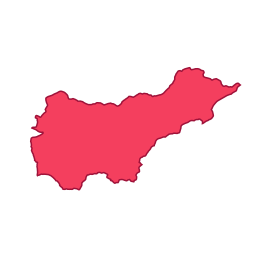 Beteni, Chirang, Bhutan, rotated 20°
{"feature_id": "84629894B72162930081374", "entity_name": "Beteni", "entity_type": "district", "adm_level": 2, "iso_a3": "BTN", "parent_name": "Bhutan", "parent_adm1": "Chirang", "projection": "orthographic", "projection_center": [90.118, 26.902], "detail": "fine", "context": "isolated", "style": "filled", "palette": "rose", "viewbox_px": 256, "rotation_deg": 20, "n_neighbors": 0, "source": "geoboundaries", "source_scale": "gbopen_adm2", "svg_char_len": 5832}
<svg xmlns="http://www.w3.org/2000/svg" viewBox="0 0 256 256"><g transform="rotate(20 128 128)"><path d="M60.2,118.2L59.2,117.5L56.9,116.5L55.7,116.2L53.3,116.2L52.3,116.4L51.4,116.9L50.7,117.6L50.1,118.2L49.8,118.8L47.1,121.3L45.4,123.3L42.2,125.8L40.9,127.4L40.7,128.0L40.8,128.6L41.4,130.0L42.7,131.9L44.5,133.8L44.7,134.6L44.6,135.2L44.2,136.9L44.0,138.4L43.9,138.8L45.0,140.1L45.2,140.5L45.2,140.8L45.2,141.1L44.7,141.9L44.1,142.7L43.4,144.3L42.8,145.8L42.6,146.8L42.2,147.7L41.8,147.9L41.0,147.8L40.5,147.6L38.7,147.5L37.7,147.6L37.4,147.9L37.2,148.3L37.2,148.9L37.4,149.8L37.6,150.1L39.2,150.2L39.5,150.4L39.7,150.7L40.0,151.8L40.5,152.3L41.2,154.0L41.4,156.6L41.4,157.8L41.3,158.4L41.0,158.7L40.1,159.2L38.5,159.8L37.8,160.4L37.7,160.9L42.0,161.1L42.6,161.2L44.8,161.9L46.4,162.0L48.1,161.7L49.0,161.2L49.6,161.2L49.9,162.0L49.3,163.1L47.9,164.9L46.8,165.9L46.2,166.4L45.9,166.9L44.6,167.9L43.2,168.7L42.2,169.1L41.5,169.5L40.7,170.5L40.6,170.9L41.1,173.7L41.3,174.2L42.0,174.9L42.5,175.9L42.9,176.6L43.3,177.8L43.3,178.7L44.5,179.6L44.7,180.0L45.1,182.3L45.7,182.8L46.0,183.2L46.7,184.0L47.9,185.0L48.2,185.6L48.7,186.4L49.1,186.7L51.1,189.5L51.3,190.3L52.5,190.8L53.2,191.4L53.6,191.4L54.4,191.2L54.8,191.5L55.0,193.1L55.2,193.7L55.4,194.1L55.7,195.4L56.6,196.9L58.1,200.3L58.3,200.9L58.8,203.3L59.2,203.7L59.4,203.4L60.8,202.5L62.3,201.0L64.0,200.6L64.6,200.2L66.3,199.7L69.2,199.0L72.0,199.2L74.8,200.2L76.0,200.8L77.1,201.3L78.3,202.2L78.6,202.1L79.8,202.1L80.7,202.7L81.5,203.1L82.2,203.6L83.2,204.6L83.3,205.1L83.7,205.5L85.3,206.2L86.7,206.6L87.4,207.5L87.8,207.7L88.2,207.7L89.9,207.1L90.6,206.4L91.2,206.2L92.2,206.2L94.0,205.6L95.2,205.1L96.3,204.8L96.7,204.6L97.6,203.4L98.2,203.1L100.7,202.6L103.0,202.8L103.5,202.4L104.2,198.2L104.1,197.4L103.5,195.7L103.5,195.1L104.1,193.8L104.3,193.2L105.1,192.4L105.6,191.2L105.8,190.3L105.5,189.6L105.4,188.5L105.6,186.7L105.7,186.4L105.9,186.0L106.5,185.9L108.2,184.4L109.1,184.0L110.0,183.9L110.5,183.6L112.3,182.2L113.5,182.0L113.9,181.8L114.3,181.6L114.7,180.8L114.7,180.5L115.9,179.7L116.9,179.3L118.3,179.5L118.8,179.3L120.6,178.1L124.1,178.5L124.7,178.6L125.0,179.2L124.8,180.2L124.9,181.1L125.2,181.7L128.1,182.2L129.3,182.2L129.6,182.5L129.6,183.2L129.9,183.3L131.5,183.2L133.1,184.1L134.3,184.4L134.8,184.2L135.5,183.4L137.3,182.7L137.5,181.9L137.5,180.4L137.5,180.0L137.7,179.6L139.5,178.6L140.2,178.4L141.1,178.2L142.4,178.3L143.3,178.2L144.3,178.2L145.0,177.9L145.5,177.1L146.2,176.5L147.1,175.9L147.9,176.3L149.1,177.0L150.8,176.7L151.4,176.7L151.9,176.5L151.9,175.7L151.8,175.2L153.0,174.2L153.3,173.8L153.4,173.0L152.9,171.1L152.7,170.7L151.8,169.9L151.6,169.4L151.7,168.4L152.1,167.1L152.5,166.6L153.4,165.7L153.6,165.3L153.6,164.7L153.3,164.2L153.0,163.4L152.3,162.6L152.0,161.9L151.8,161.2L152.2,160.1L153.3,158.2L153.6,157.7L152.4,157.3L151.4,156.6L150.6,156.6L150.3,156.5L150.0,154.2L149.7,153.3L149.9,152.2L150.5,151.1L151.2,150.7L152.1,149.3L153.6,148.5L154.0,147.9L154.3,146.7L154.3,145.8L155.0,143.7L155.1,142.8L155.6,141.8L156.3,139.7L156.3,138.7L156.6,137.7L157.8,136.2L158.7,135.6L158.5,135.0L158.7,132.4L158.5,131.1L158.9,129.4L159.4,128.5L160.3,127.5L161.8,126.5L164.2,124.4L166.3,123.6L167.0,122.2L167.9,121.1L168.1,120.6L168.5,119.9L170.1,118.9L171.8,118.2L172.5,117.5L173.5,117.0L176.0,116.3L177.6,115.0L177.9,114.8L178.0,114.3L177.7,110.0L177.3,108.7L177.3,107.6L177.5,107.3L177.8,106.6L178.2,106.0L180.2,104.0L182.3,102.3L183.9,100.1L184.5,99.6L185.5,99.1L187.4,98.6L187.7,98.5L188.5,97.3L189.2,96.8L189.9,96.4L191.0,96.1L191.5,95.4L192.5,95.1L193.6,95.5L195.0,95.8L195.9,96.7L196.2,97.4L196.4,98.4L196.7,98.2L197.1,97.7L199.3,94.6L200.5,93.7L201.3,92.4L201.8,92.2L203.2,90.6L203.6,89.5L204.0,88.0L204.0,87.3L203.5,86.3L201.9,83.8L200.0,82.1L200.3,80.4L200.3,79.4L200.5,77.9L200.9,76.5L201.6,74.6L202.3,72.9L202.9,71.9L209.9,63.6L212.2,61.6L213.2,61.0L213.5,60.7L214.2,59.3L217.0,56.0L217.0,55.2L216.9,52.9L217.0,52.1L217.6,51.1L218.8,49.2L218.4,49.1L216.8,48.4L216.0,48.3L214.9,49.0L214.4,49.5L213.7,50.7L213.3,51.2L212.7,52.4L211.9,53.6L211.6,54.0L210.4,54.1L209.6,54.6L208.6,55.0L206.0,54.8L205.5,54.9L204.0,56.0L203.1,56.1L201.6,55.3L200.6,54.6L199.7,53.2L199.1,52.5L198.3,52.1L195.0,51.6L194.1,51.5L192.0,52.8L190.8,54.1L190.4,54.2L190.1,54.2L188.5,53.6L185.6,53.8L183.2,54.1L181.7,53.9L181.3,53.8L180.2,51.9L180.2,51.6L180.5,50.2L180.4,49.6L179.5,48.7L179.0,48.5L177.7,48.7L176.9,48.7L175.3,48.3L174.2,48.3L172.8,48.6L171.1,49.3L169.6,50.4L167.8,51.5L166.8,51.4L166.4,50.9L165.4,50.2L164.8,50.5L161.4,52.9L160.0,54.3L159.5,54.9L159.1,56.3L158.7,56.4L157.3,56.3L155.8,57.2L155.6,57.6L155.4,58.2L155.0,59.8L154.8,60.3L154.7,60.9L154.7,62.1L154.5,63.9L154.7,64.8L155.3,66.4L155.2,67.4L154.7,69.8L154.9,70.1L154.7,70.7L154.1,71.9L153.4,73.0L153.2,73.5L152.9,73.9L152.9,75.3L152.9,76.1L152.3,77.0L151.0,79.6L149.5,83.2L148.4,84.6L147.2,85.7L146.5,86.0L143.2,88.4L141.5,88.9L141.2,89.4L140.6,89.9L140.2,90.0L139.7,89.9L138.8,89.3L138.1,89.2L137.3,89.7L136.7,89.7L134.9,89.6L134.4,89.3L133.6,89.5L131.2,90.0L130.0,91.1L127.7,91.2L126.5,92.0L125.9,93.0L124.8,94.2L124.0,95.5L123.0,96.6L122.8,97.0L122.5,97.3L120.2,97.4L119.2,97.6L118.1,98.0L117.8,98.6L117.7,99.0L117.4,99.6L115.7,101.9L115.3,102.7L114.5,103.6L113.4,105.7L113.5,106.7L113.2,107.8L112.6,108.7L112.3,109.6L112.0,109.9L111.5,110.3L111.1,110.7L110.4,111.1L109.0,110.9L107.7,110.5L105.9,110.3L104.4,110.7L103.3,110.5L100.9,111.9L98.0,114.3L97.2,114.5L94.8,114.0L93.2,113.9L92.0,114.4L91.2,114.5L90.4,114.8L89.6,115.3L89.2,116.2L88.7,116.6L86.8,117.4L86.3,118.0L85.5,118.6L83.8,119.2L83.4,119.4L83.1,119.5L82.1,119.6L79.7,119.5L77.1,119.1L76.6,118.8L75.1,118.9L74.8,119.1L74.1,119.0L72.4,119.7L71.6,119.9L70.7,119.5L69.8,119.4L68.9,119.2L66.3,119.2L64.9,120.2L63.9,120.6L63.0,120.9L62.2,120.8L61.2,119.7L60.2,118.2Z" fill="#f43f5e" stroke="#9f1239" stroke-width="1.5"/></g></svg>